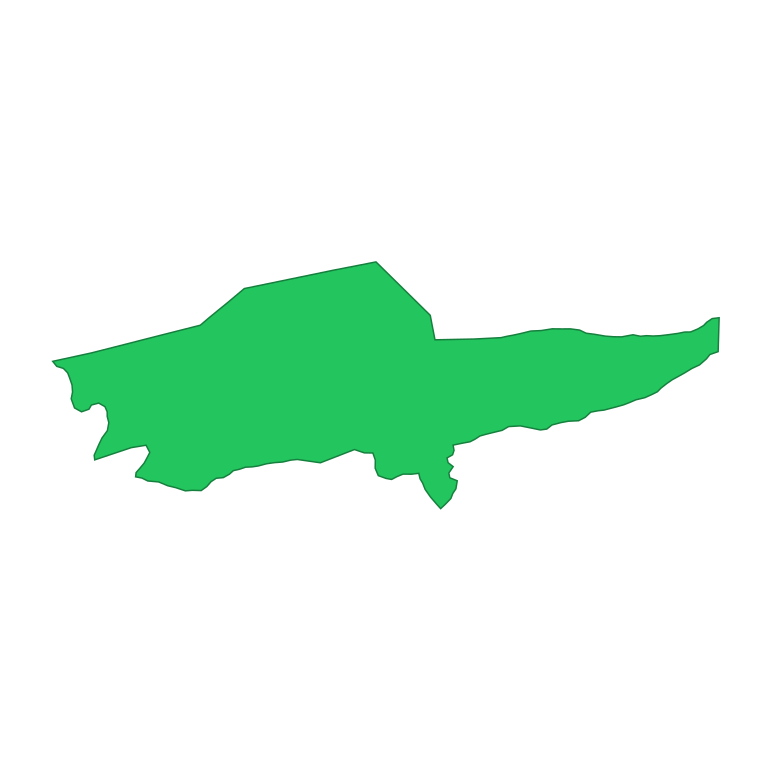 Itiruçu, Bahia, Brazil, rotated 273°
{"feature_id": "56859067B82004769572175", "entity_name": "Itiruçu", "entity_type": "district", "adm_level": 2, "iso_a3": "BRA", "parent_name": "Brazil", "parent_adm1": "Bahia", "projection": "equal_earth", "projection_center": [-40.17, -13.503], "detail": "fine", "context": "isolated", "style": "filled", "palette": "green", "viewbox_px": 768, "rotation_deg": 273, "n_neighbors": 0, "source": "geoboundaries", "source_scale": "gbopen_adm2", "svg_char_len": 2172}
<svg xmlns="http://www.w3.org/2000/svg" viewBox="0 0 768 768"><g transform="rotate(273 384 384)"><path d="M467.7,715.2L466.5,708.3L462.6,703.1L459.1,700.1L455.3,694.3L452.0,687.4L451.6,681.4L449.9,674.8L448.1,665.3L446.7,657.2L446.0,650.2L446.0,643.6L445.1,637.6L446.2,630.1L443.5,618.8L443.2,610.8L443.4,602.6L444.7,591.3L445.3,583.2L448.1,576.5L448.8,567.4L448.3,558.6L447.9,549.1L445.6,538.2L444.6,528.0L441.4,517.3L439.5,510.3L438.1,504.4L436.4,498.4L433.6,471.4L430.8,432.6L446.0,428.8L455.0,426.6L505.5,369.6L495.2,328.3L472.0,239.5L456.4,222.8L450.1,215.8L440.7,205.5L436.7,201.3L433.1,197.5L421.2,159.1L399.7,90.1L389.3,52.0L384.5,56.3L382.8,63.0L378.6,67.5L373.7,69.7L366.7,72.5L359.6,73.4L352.9,72.4L343.9,76.2L340.4,83.4L343.4,90.7L347.7,92.9L350.0,100.1L346.8,106.5L341.8,109.0L337.1,109.3L331.0,111.2L323.0,110.2L315.3,105.2L308.3,102.3L302.4,100.1L297.7,98.3L293.1,99.1L307.2,134.9L310.4,149.6L303.4,153.7L297.0,150.8L292.4,148.6L287.3,144.8L282.6,141.1L278.3,140.8L277.4,147.2L274.8,153.2L274.4,164.1L271.1,173.3L269.6,181.4L266.9,191.2L267.8,198.1L268.0,207.0L272.3,212.4L277.4,216.4L281.1,221.4L282.1,228.4L285.8,234.3L289.6,238.1L291.2,243.9L293.7,250.2L294.3,256.4L295.5,262.5L298.2,270.9L299.7,278.5L300.8,287.0L303.1,294.9L304.1,301.3L302.0,324.6L317.0,357.9L314.2,367.9L314.5,376.5L307.6,379.3L299.4,379.6L292.2,383.1L289.8,391.0L289.1,396.6L292.2,401.8L295.0,407.7L295.4,416.3L296.6,423.4L291.2,425.0L287.0,427.8L280.9,430.6L273.5,436.4L266.9,442.7L262.5,447.1L267.4,451.8L273.2,456.8L278.2,458.4L283.1,461.3L291.2,462.2L293.8,454.6L298.5,453.4L305.1,457.4L308.8,452.1L313.5,450.8L316.9,456.2L321.4,457.4L326.6,456.2L328.9,465.0L330.8,472.9L333.8,478.0L337.1,482.5L339.2,488.7L342.0,498.0L343.9,504.4L348.0,510.7L349.3,522.3L347.7,533.4L346.3,542.5L347.5,548.9L351.9,553.9L354.7,562.7L356.5,570.2L357.5,580.3L361.3,586.7L366.7,591.9L368.5,599.3L369.4,604.9L371.1,610.2L373.2,616.9L375.8,624.5L378.3,630.1L381.4,636.4L384.0,645.2L387.7,652.4L390.6,657.5L394.3,660.7L399.2,666.3L403.4,671.7L406.7,677.1L411.2,684.2L415.6,690.6L419.6,698.1L426.0,704.7L430.5,707.9L433.8,716.0L467.7,715.2Z" fill="#22c55e" stroke="#15803d" stroke-width="1.5"/></g></svg>